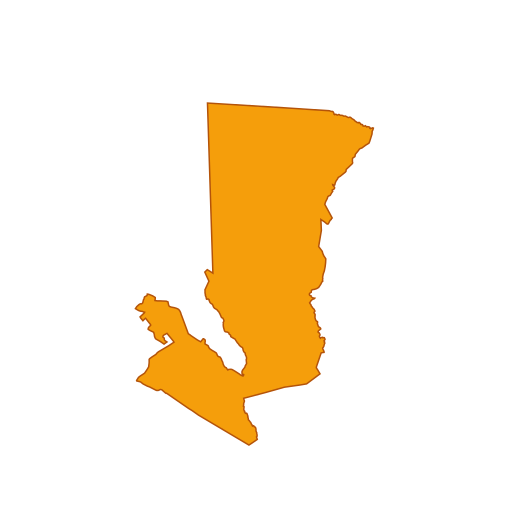 Buuri, Eastern, Kenya (Robinson projection), rotated 147°
{"feature_id": "3690345B42438423970575", "entity_name": "Buuri", "entity_type": "district", "adm_level": 2, "iso_a3": "KEN", "parent_name": "Kenya", "parent_adm1": "Eastern", "projection": "robinson", "projection_center": [37.421, 0.09], "detail": "fine", "context": "isolated", "style": "filled", "palette": "amber", "viewbox_px": 512, "rotation_deg": 147, "n_neighbors": 0, "source": "geoboundaries", "source_scale": "gbopen_adm2", "svg_char_len": 6138}
<svg xmlns="http://www.w3.org/2000/svg" viewBox="0 0 512 512"><g transform="rotate(147 256 256)"><path d="M364.9,101.3L361.4,101.3L354.8,101.5L354.3,103.5L354.0,104.1L353.4,104.2L353.0,104.6L352.3,105.9L352.1,106.7L351.6,107.4L351.4,109.0L350.8,110.1L350.3,110.8L349.8,112.5L350.0,113.2L350.4,113.6L350.4,114.9L351.5,115.2L351.6,115.7L351.3,116.3L351.4,117.9L351.2,118.4L351.1,119.7L351.3,120.2L351.3,121.7L351.6,122.8L350.8,124.3L350.6,125.6L350.1,125.9L349.4,128.7L349.5,129.3L350.0,129.5L350.5,129.8L350.5,131.5L350.0,131.9L350.2,132.7L349.8,134.1L348.7,135.3L348.1,136.2L348.4,136.8L347.5,137.8L346.6,139.1L344.9,140.4L344.5,141.1L344.4,142.0L343.8,143.4L322.3,136.3L303.6,130.5L289.7,124.0L283.2,121.2L266.5,122.3L266.3,126.8L266.3,129.4L265.5,130.3L254.2,139.2L253.6,139.1L251.4,138.1L251.1,138.5L251.0,139.2L250.7,140.1L250.7,141.4L250.4,142.2L249.9,142.7L249.3,142.8L248.5,143.2L246.5,145.0L246.0,145.2L245.6,145.7L245.7,146.5L245.1,147.0L245.2,147.8L243.7,148.3L243.4,148.7L243.2,150.3L243.8,150.8L244.4,150.9L244.5,151.6L246.2,152.2L246.8,152.0L246.9,153.0L246.7,153.9L246.3,154.5L245.6,154.7L245.2,155.1L245.0,155.8L244.9,157.3L245.4,158.0L245.2,158.7L244.6,159.1L244.0,159.3L241.5,159.5L241.2,160.1L241.3,161.0L242.0,162.5L242.0,163.4L241.3,166.0L240.3,167.0L240.2,167.6L240.7,168.3L240.8,168.9L240.8,169.6L240.5,171.0L239.8,172.9L239.0,173.5L238.8,174.3L238.3,174.7L238.2,175.2L238.3,176.4L238.2,176.9L237.8,177.3L236.9,177.4L236.5,178.0L236.3,179.8L236.7,181.4L236.7,183.2L236.9,184.0L236.5,185.0L236.5,185.8L236.7,186.9L236.5,187.6L235.9,187.7L234.3,188.5L233.0,188.8L231.0,188.6L230.3,188.4L229.7,188.6L231.2,190.0L231.9,191.6L231.5,192.7L232.4,193.7L232.3,194.5L231.8,195.2L231.3,195.5L229.4,195.5L228.5,196.7L228.0,197.0L227.0,197.0L225.2,196.2L222.9,195.6L220.6,195.5L216.9,197.1L215.2,198.2L213.6,198.6L213.5,199.2L213.1,199.9L212.4,200.5L211.7,201.9L209.5,204.2L206.8,206.3L203.9,209.3L201.4,212.3L199.0,215.6L199.0,219.4L198.5,222.1L197.9,223.8L198.3,229.8L187.2,241.9L181.7,251.3L180.0,247.4L179.2,244.7L179.0,244.2L178.3,243.6L177.7,243.7L174.5,245.5L173.0,245.7L172.6,246.1L171.4,246.4L170.2,261.8L168.2,263.5L164.9,265.4L163.5,266.6L162.4,266.8L161.3,266.5L160.6,266.5L158.1,267.8L156.5,268.4L156.5,269.2L156.2,269.8L154.3,269.6L153.0,270.2L152.7,270.9L153.0,273.6L152.8,274.1L151.8,272.7L151.2,272.7L149.8,274.1L148.2,275.2L145.3,276.4L144.3,277.1L141.9,277.0L135.3,277.7L134.3,278.1L133.5,279.2L133.0,279.5L125.0,281.0L124.4,281.3L124.0,281.8L123.7,282.7L122.1,285.1L121.6,285.4L118.9,285.5L117.3,287.2L112.6,288.7L111.5,289.2L110.3,289.4L108.3,288.9L103.9,289.2L99.8,289.1L98.2,290.2L92.4,295.0L91.5,296.1L90.8,297.2L89.3,298.1L87.9,299.3L88.2,299.9L89.2,300.1L89.7,300.3L90.7,300.5L91.0,301.0L90.5,301.6L90.6,302.2L90.9,302.7L91.9,303.7L92.9,304.0L93.3,305.7L94.2,305.8L95.4,306.7L95.2,307.4L95.2,308.2L95.6,308.7L96.2,308.9L96.5,309.4L96.2,310.2L96.8,311.9L97.4,311.8L97.7,312.3L98.5,312.8L99.0,314.4L99.3,314.8L99.7,317.0L100.7,318.9L101.1,320.5L101.6,321.3L102.8,321.6L103.4,322.2L104.8,324.7L106.1,325.4L106.5,325.9L106.7,326.6L108.0,327.7L108.4,327.8L108.9,328.4L109.1,329.2L109.7,329.7L110.9,329.8L111.3,330.2L111.8,331.4L113.2,331.8L113.3,332.5L113.0,333.0L112.9,333.6L112.8,335.0L113.2,335.7L114.2,336.3L115.3,337.8L150.5,364.1L213.4,410.7L301.5,265.1L304.3,271.1L307.7,270.4L309.2,260.5L317.3,255.4L317.6,254.7L318.7,253.1L318.9,252.4L319.3,252.0L319.3,251.4L319.8,250.8L320.1,249.9L320.2,248.8L320.8,247.5L321.0,246.7L320.6,246.3L320.1,246.4L319.6,246.1L319.1,244.9L319.5,244.4L319.9,242.0L319.6,240.7L319.1,239.8L319.0,239.3L319.0,237.9L319.4,236.7L319.3,234.9L318.0,232.2L317.9,230.6L317.6,229.9L317.8,227.1L318.4,223.4L318.2,222.7L317.7,222.1L317.7,221.0L318.1,219.2L318.7,218.6L319.7,218.2L319.9,217.5L321.0,216.1L321.7,214.8L322.2,213.6L323.2,210.3L323.0,209.2L321.3,207.6L320.7,206.2L321.0,205.5L321.0,204.7L320.6,204.0L320.5,203.1L321.0,202.4L320.9,201.5L320.4,200.9L320.2,200.1L319.7,199.5L319.5,198.8L318.9,197.9L318.9,193.4L318.6,192.0L318.6,190.3L318.2,188.5L317.4,186.9L317.3,186.4L317.4,185.7L318.2,183.6L318.3,182.7L318.3,181.3L317.9,180.5L318.7,179.0L318.9,177.1L319.3,175.9L320.2,174.6L320.7,174.4L322.5,170.9L324.9,169.7L325.9,168.8L329.6,167.5L331.0,166.4L331.2,165.9L331.8,164.8L331.9,164.2L331.0,163.5L331.0,163.0L332.3,162.4L333.2,163.7L334.0,165.2L334.1,165.8L336.4,170.9L337.6,173.3L338.1,174.1L338.8,174.7L340.7,175.8L341.2,175.7L341.8,175.9L341.8,178.4L342.5,179.6L342.7,181.3L342.4,183.3L341.9,184.6L341.6,185.9L341.6,187.0L341.2,188.3L341.1,190.6L342.5,192.5L342.5,193.8L342.1,196.0L342.2,196.6L343.4,199.2L344.1,200.5L345.3,203.4L345.4,205.2L345.0,206.4L345.1,207.0L345.4,207.7L346.6,209.9L346.0,211.1L345.0,212.1L344.4,213.3L344.5,213.9L345.0,215.1L345.4,215.4L349.1,214.2L350.8,217.3L353.9,224.6L354.3,225.9L355.1,227.7L350.9,246.2L350.8,247.0L350.0,249.8L349.8,252.0L350.0,253.4L350.5,254.4L351.4,255.7L352.6,257.1L355.0,259.4L356.1,260.9L356.1,262.1L354.8,265.5L355.9,267.0L360.9,270.6L363.2,272.1L365.0,273.7L363.4,275.5L363.1,276.1L364.4,278.9L366.8,282.3L367.9,283.3L368.9,282.2L371.7,282.4L372.2,282.1L373.4,280.9L374.2,280.6L376.3,278.6L376.7,278.4L377.3,278.2L378.0,278.2L379.0,278.9L380.6,279.0L383.6,278.5L385.8,277.5L384.2,274.3L383.5,273.3L382.4,272.1L381.8,271.8L381.4,271.3L381.0,270.6L380.0,269.5L380.7,269.1L386.4,268.1L386.5,266.8L386.1,263.3L383.9,263.8L382.5,263.9L381.8,255.8L382.0,255.3L385.0,254.6L386.1,253.7L386.4,253.2L385.5,251.3L383.9,248.7L383.4,247.7L384.1,245.5L384.7,244.3L385.0,243.5L385.3,241.4L385.0,240.6L382.9,236.6L381.1,232.2L377.5,232.4L378.6,235.0L378.4,235.8L377.7,237.1L377.8,237.6L378.2,238.4L378.2,238.9L377.8,239.3L377.1,239.8L376.0,239.9L372.8,239.6L371.7,229.9L371.7,228.4L378.2,228.3L390.1,228.8L392.2,228.5L393.4,228.0L398.5,228.0L401.2,227.8L401.9,227.5L403.8,224.6L406.4,221.5L409.0,220.2L413.3,218.4L418.4,218.4L420.6,218.2L423.9,216.7L424.1,216.2L421.4,213.3L420.5,210.5L420.1,209.7L418.0,206.0L416.6,204.2L413.1,198.1L412.5,197.3L411.0,196.4L409.0,196.2L407.9,195.2L406.5,190.3L406.3,189.9L405.7,189.5L395.5,164.7L393.8,161.2L390.9,153.9L364.9,101.3Z" fill="#f59e0b" stroke="#b45309" stroke-width="1.5"/></g></svg>